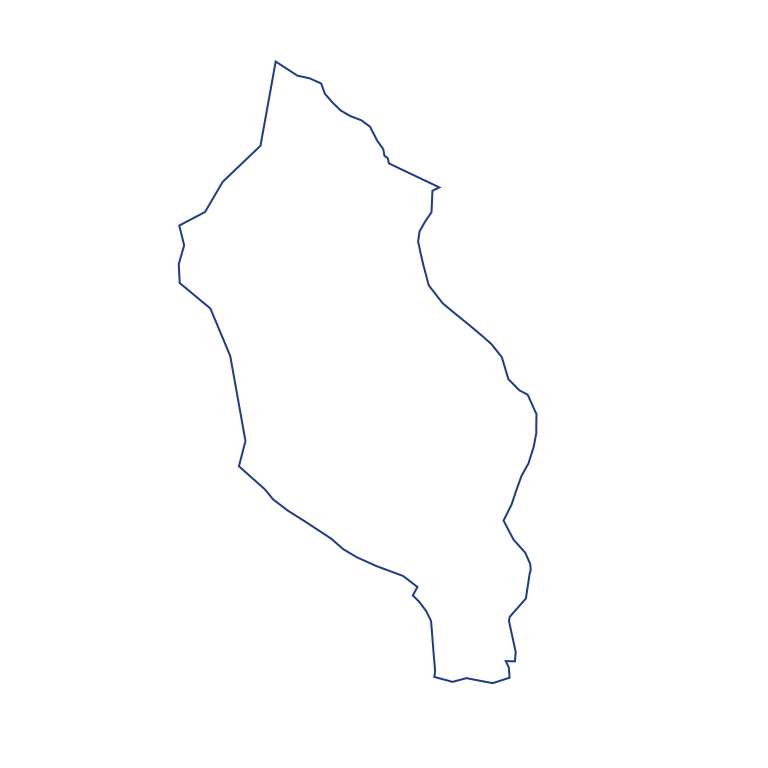 outline of Billiri, Gombe, Nigeria, rotated 121°
{"feature_id": "59680162B8070211954831", "entity_name": "Billiri", "entity_type": "district", "adm_level": 2, "iso_a3": "NGA", "parent_name": "Nigeria", "parent_adm1": "Gombe", "projection": "natural_earth1", "projection_center": [11.13, 9.845], "detail": "fine", "context": "isolated", "style": "outline", "palette": "blue", "viewbox_px": 768, "rotation_deg": 121, "n_neighbors": 0, "source": "geoboundaries", "source_scale": "gbopen_adm2", "svg_char_len": 1426}
<svg xmlns="http://www.w3.org/2000/svg" viewBox="0 0 768 768"><g transform="rotate(121 384 384)"><path d="M163.4,642.9L243.4,612.6L293.8,626.4L328.7,626.0L353.6,641.1L368.1,626.7L386.9,621.7L402.7,611.1L408.7,571.7L439.2,530.2L504.2,473.4L529.2,466.0L532.0,451.3L535.6,432.2L535.7,431.9L535.9,431.2L538.9,422.8L540.1,419.3L542.1,401.1L542.5,381.1L543.8,349.3L546.6,333.9L546.5,318.0L544.1,297.4L538.7,268.7L540.8,250.8L550.4,250.4L552.5,241.8L557.0,230.7L562.2,222.7L563.0,221.5L564.0,220.8L590.8,201.7L603.9,192.2L607.1,190.9L609.2,190.0L604.0,171.8L593.6,161.8L593.2,160.5L584.5,136.8L571.1,125.1L562.6,131.1L558.8,136.9L554.3,128.9L545.8,133.2L522.7,154.9L522.3,155.0L518.9,156.3L514.4,155.5L509.6,154.6L494.8,151.9L472.0,161.3L468.0,162.4L463.1,165.8L455.9,176.0L450.7,192.8L439.5,211.2L432.6,211.7L421.5,212.6L407.5,215.7L392.0,218.8L380.3,219.2L377.9,219.2L360.8,223.3L347.6,228.2L339.4,233.1L331.4,237.7L326.9,244.2L326.1,245.3L319.2,255.3L319.7,264.6L315.8,279.9L300.4,296.7L294.5,312.4L292.3,324.2L289.5,341.6L288.9,346.3L286.7,361.6L284.6,375.3L276.4,396.4L261.9,411.4L254.2,418.9L244.2,428.2L234.9,432.1L224.7,432.4L212.2,431.8L193.4,442.0L187.0,437.8L192.4,493.3L188.4,497.3L188.2,501.1L183.1,505.6L180.3,512.0L179.0,515.0L170.7,528.4L169.6,539.2L171.7,550.6L171.9,561.7L169.2,573.2L165.7,584.1L158.8,592.6L160.3,605.3L164.3,617.0L163.7,634.4L163.4,642.9Z" fill="none" stroke="#1e3a8a" stroke-width="2"/></g></svg>